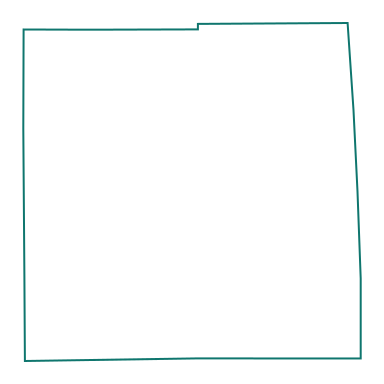 Ingham, Michigan, United States of America
{"feature_id": "52423323B68700742092753", "entity_name": "Ingham", "entity_type": "district", "adm_level": 2, "iso_a3": "USA", "parent_name": "United States of America", "parent_adm1": "Michigan", "projection": "equal_earth", "projection_center": [-84.365, 42.599], "detail": "fine", "context": "isolated", "style": "outline", "palette": "teal", "viewbox_px": 384, "rotation_deg": 0, "n_neighbors": 0, "source": "geoboundaries", "source_scale": "gbopen_adm2", "svg_char_len": 284}
<svg xmlns="http://www.w3.org/2000/svg" viewBox="0 0 384 384"><path d="M197.9,23.9L197.9,29.4L89.5,29.7L23.6,29.5L23.3,128.7L24.4,277.5L24.9,361.0L197.0,358.4L360.7,358.5L360.7,278.5L357.5,191.6L353.5,110.1L347.6,23.0L197.9,23.9Z" fill="none" stroke="#0f766e" stroke-width="2"/></svg>